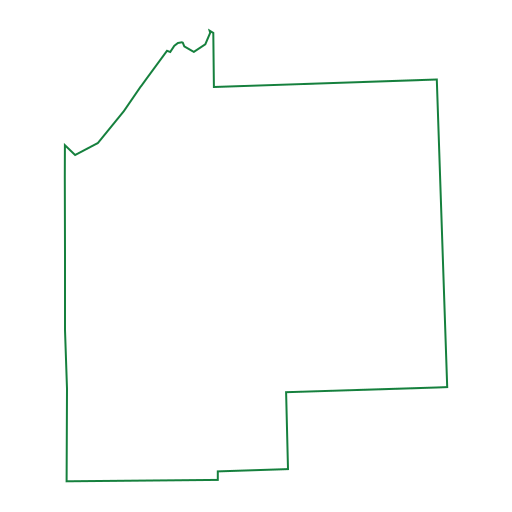 Tuscola, Michigan, United States of America
{"feature_id": "52423323B37995372909550", "entity_name": "Tuscola", "entity_type": "district", "adm_level": 2, "iso_a3": "USA", "parent_name": "United States of America", "parent_adm1": "Michigan", "projection": "orthographic", "projection_center": [-83.511, 43.476], "detail": "fine", "context": "isolated", "style": "outline", "palette": "green", "viewbox_px": 512, "rotation_deg": 0, "n_neighbors": 0, "source": "geoboundaries", "source_scale": "gbopen_adm2", "svg_char_len": 509}
<svg xmlns="http://www.w3.org/2000/svg" viewBox="0 0 512 512"><path d="M217.8,479.9L217.8,471.4L288.0,469.1L286.1,392.2L436.6,387.5L447.2,387.1L436.8,79.5L213.9,87.0L213.3,32.9L209.6,30.7L210.2,32.8L205.3,44.3L193.8,51.9L184.3,46.4L182.8,42.7L181.8,42.3L177.9,43.0L174.3,45.8L170.2,52.0L167.0,50.8L152.9,70.0L146.8,78.3L141.3,85.9L140.6,86.7L123.8,111.2L97.9,143.0L75.1,155.0L64.9,145.2L64.8,176.9L65.0,253.7L65.0,329.9L67.0,388.8L66.6,481.3L217.8,479.9Z" fill="none" stroke="#15803d" stroke-width="2"/></svg>